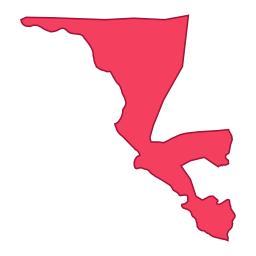 outline of Derniere Riviere, Dennery, Saint Lucia
{"feature_id": "8701671B84632828581630", "entity_name": "Derniere Riviere", "entity_type": "district", "adm_level": 2, "iso_a3": "LCA", "parent_name": "Saint Lucia", "parent_adm1": "Dennery", "projection": "albers", "projection_center": [-60.925, 13.955], "detail": "fine", "context": "isolated", "style": "filled", "palette": "rose", "viewbox_px": 256, "rotation_deg": 0, "n_neighbors": 0, "source": "geoboundaries", "source_scale": "gbopen_adm2", "svg_char_len": 5239}
<svg xmlns="http://www.w3.org/2000/svg" viewBox="0 0 256 256"><path d="M21.0,19.7L21.5,21.9L22.5,23.7L23.4,24.7L25.0,25.7L26.0,26.0L27.5,26.2L29.0,26.3L30.9,26.1L33.0,25.4L34.8,25.2L36.0,25.3L36.8,25.3L38.0,25.6L41.0,27.0L43.3,28.6L45.7,29.8L48.1,30.8L49.1,31.0L50.1,31.6L51.0,31.7L52.2,31.7L53.7,31.4L55.6,31.0L57.2,30.4L59.1,29.4L60.7,28.5L61.6,28.4L63.2,28.2L63.8,28.4L64.5,28.8L65.3,29.2L66.3,30.0L67.1,30.8L68.9,32.2L69.8,32.8L71.6,33.3L73.4,33.6L77.2,34.0L80.3,34.5L82.0,35.2L83.0,36.0L83.6,37.0L84.9,38.8L86.5,40.7L88.8,43.8L90.6,46.5L91.8,48.9L92.9,51.5L93.0,52.1L93.1,53.0L93.2,55.5L93.6,57.4L94.0,58.5L94.0,59.2L94.2,60.9L94.6,62.2L95.2,63.9L96.1,65.6L96.1,66.2L96.3,66.5L97.1,67.3L98.8,68.5L100.1,69.3L101.4,69.7L102.4,70.2L104.2,70.5L105.8,71.3L106.5,71.6L110.2,71.6L110.5,71.6L110.9,72.2L111.1,72.7L112.2,74.8L113.3,76.9L114.5,78.8L115.8,81.0L117.5,83.3L118.3,84.0L119.9,85.9L120.7,88.0L121.7,90.5L122.1,92.7L122.7,94.1L123.3,95.1L124.4,97.2L124.7,98.2L125.4,100.3L125.8,101.9L126.0,103.2L125.5,105.1L124.5,107.1L123.2,108.9L122.9,109.5L122.8,110.7L122.7,112.4L122.2,114.8L121.5,116.5L120.9,118.0L120.0,119.5L118.5,121.7L117.4,122.6L115.3,123.8L114.8,123.9L115.2,125.3L115.7,126.4L116.3,128.3L116.7,129.4L117.5,131.1L118.8,133.0L120.5,134.7L121.8,135.7L122.9,136.8L123.9,137.5L124.7,138.5L127.4,141.3L132.0,146.0L132.9,146.8L133.5,147.3L134.1,148.2L135.2,149.4L136.5,150.1L137.9,151.4L139.2,153.3L139.7,154.7L139.8,155.5L139.3,155.6L137.6,156.3L136.3,157.5L134.9,159.8L134.6,160.8L134.3,161.9L134.2,164.0L134.4,165.7L134.7,166.4L134.6,166.5L134.9,167.2L135.0,167.4L135.2,167.8L135.5,168.2L136.2,168.5L136.7,168.6L137.4,168.5L139.9,167.8L141.8,167.9L141.9,168.0L143.7,168.7L145.5,169.3L147.1,169.5L147.5,169.8L148.6,170.4L149.0,170.9L150.5,172.7L152.0,174.0L153.8,175.1L155.2,176.3L155.8,176.5L158.1,177.8L161.2,179.6L163.3,180.9L166.4,182.9L168.4,184.2L170.3,185.4L171.2,186.6L171.7,187.2L171.8,187.4L172.2,188.2L173.3,190.2L174.5,190.9L176.4,192.0L177.5,192.7L178.5,193.7L178.7,194.2L179.1,194.8L179.5,195.3L179.8,195.5L180.3,195.5L181.3,195.5L182.5,195.3L184.2,195.1L185.0,195.0L185.6,195.0L186.4,195.2L187.0,195.6L187.4,195.9L187.7,196.3L187.8,196.8L187.8,197.4L187.9,197.9L187.7,198.7L187.7,199.7L188.0,200.2L188.0,200.8L187.9,201.1L187.7,201.3L187.0,202.1L186.7,202.4L186.2,202.8L185.3,203.5L185.1,203.6L184.7,203.7L183.7,204.1L182.7,204.1L182.2,204.3L182.1,204.5L181.9,204.5L181.7,205.2L181.6,205.6L181.8,206.2L182.5,207.2L183.3,208.0L184.7,208.5L185.8,208.9L187.4,209.4L187.9,209.6L188.5,210.0L189.4,210.5L189.6,210.7L190.2,211.2L190.6,211.6L191.1,212.6L191.5,213.5L191.6,214.1L191.7,214.5L192.0,215.4L192.2,215.8L192.6,216.3L192.9,216.7L193.5,217.0L194.0,217.2L194.5,217.6L195.1,218.3L195.7,219.1L196.0,219.7L196.1,220.2L196.2,220.9L196.3,221.3L196.4,221.7L196.9,222.9L197.0,223.4L197.0,223.8L197.1,224.3L197.2,225.2L197.2,226.6L197.6,227.2L198.2,227.7L198.5,228.2L198.9,228.9L199.3,229.2L199.6,229.4L200.2,229.9L201.4,230.5L201.8,230.6L203.1,230.7L203.7,230.8L204.3,230.9L204.5,231.1L205.1,231.4L205.6,231.9L206.6,232.7L206.9,232.9L207.4,233.3L207.9,233.5L208.3,233.6L208.9,233.7L209.0,233.7L209.3,233.9L209.8,234.5L210.7,235.2L211.6,235.7L211.9,235.8L212.6,236.3L213.4,236.6L214.4,237.0L215.9,237.4L217.1,237.6L217.8,237.8L218.1,237.9L218.8,237.9L219.1,238.0L219.6,238.4L219.7,238.5L220.0,238.6L221.0,238.6L221.9,238.6L222.3,239.0L222.9,239.1L223.1,239.1L223.8,239.2L224.5,239.3L225.1,239.5L225.6,239.6L226.2,239.9L226.7,240.1L227.9,240.6L227.9,239.5L228.0,238.9L228.1,238.5L228.0,237.8L227.6,236.5L227.6,235.8L227.4,235.2L227.2,235.0L227.1,234.5L227.2,233.9L227.3,233.7L227.5,233.2L227.8,232.5L228.1,231.9L228.4,231.2L229.0,230.2L230.0,229.4L230.5,228.9L230.6,228.7L230.9,228.3L231.1,228.0L231.4,227.6L231.8,227.1L232.1,226.0L232.4,224.8L232.5,224.2L232.6,223.5L232.5,223.3L232.3,222.5L232.2,222.0L232.3,221.5L232.5,221.0L232.8,220.4L233.2,219.7L233.4,219.2L233.7,218.6L234.0,218.2L234.8,217.2L234.9,216.9L235.0,216.4L235.0,215.9L235.0,215.3L234.9,215.1L234.8,214.8L234.5,214.0L234.2,213.6L233.8,213.0L233.4,212.5L232.7,211.4L231.1,209.0L230.7,208.2L230.7,206.7L230.4,205.5L230.3,205.4L230.2,205.1L230.0,204.4L229.6,202.2L229.5,201.2L229.4,200.5L229.3,200.2L228.7,199.6L227.9,199.6L227.5,199.7L226.9,199.9L226.6,200.0L225.9,200.4L225.0,201.1L224.2,201.5L223.4,202.2L222.7,202.6L222.3,202.9L221.0,203.6L219.3,204.3L219.0,204.3L217.8,204.1L217.2,203.9L217.0,203.5L216.7,202.9L216.8,202.5L217.2,202.0L217.9,201.2L217.9,200.8L217.8,200.4L217.7,200.1L217.1,199.6L215.5,198.3L213.2,196.3L212.6,196.1L212.1,196.1L210.4,196.5L210.0,196.2L202.4,200.1L196.0,196.3L190.4,179.3L181.0,165.8L190.4,160.7L204.3,157.3L218.2,166.7L218.7,166.3L221.3,165.1L221.5,165.2L221.4,165.0L225.6,165.0L227.1,164.4L228.5,163.7L228.4,161.1L228.2,160.2L226.3,158.8L225.5,157.5L225.5,156.9L225.6,156.4L225.9,154.9L228.3,153.6L228.8,152.9L229.1,152.5L229.2,151.5L230.2,146.3L230.5,144.9L231.7,141.0L232.2,139.6L231.7,135.9L228.6,130.2L228.6,129.6L217.6,130.7L199.3,131.8L186.0,133.3L180.2,134.7L171.3,138.7L168.0,140.7L163.5,142.7L159.4,142.1L154.4,141.9L151.0,142.1L149.9,137.6L153.2,125.7L163.5,100.0L182.4,66.5L188.4,15.4L164.8,19.7L133.6,18.2L105.1,19.7L52.8,17.8L26.1,17.3L21.0,19.7Z" fill="#f43f5e" stroke="#9f1239" stroke-width="1.5"/></svg>